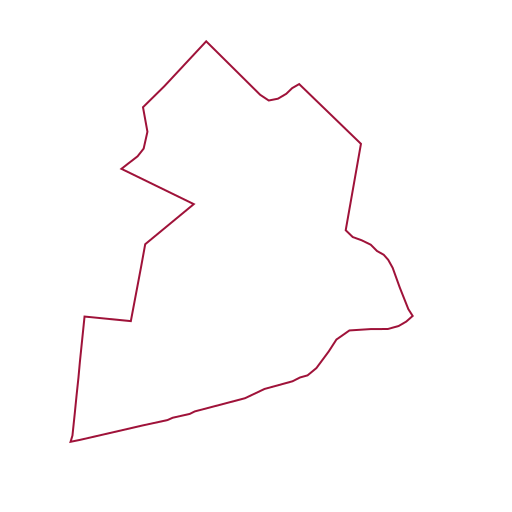 Porto Rico, Paraná, Brazil, rotated 187°
{"feature_id": "56859067B33862297180753", "entity_name": "Porto Rico", "entity_type": "district", "adm_level": 2, "iso_a3": "BRA", "parent_name": "Brazil", "parent_adm1": "Paraná", "projection": "mercator", "projection_center": [-53.319, -22.834], "detail": "fine", "context": "isolated", "style": "outline", "palette": "rose", "viewbox_px": 512, "rotation_deg": 187, "n_neighbors": 0, "source": "geoboundaries", "source_scale": "gbopen_adm2", "svg_char_len": 849}
<svg xmlns="http://www.w3.org/2000/svg" viewBox="0 0 512 512"><g transform="rotate(187 256 256)"><path d="M386.3,389.9L378.9,366.1L380.6,348.9L385.7,340.5L394.0,332.3L400.2,326.1L324.1,299.9L367.4,254.2L368.7,231.8L369.8,214.6L372.3,176.1L418.8,175.0L417.9,129.7L417.4,113.5L417.1,95.3L416.7,77.7L416.3,55.4L417.4,49.0L408.4,52.0L347.9,74.0L323.8,82.4L319.0,85.3L302.5,91.2L297.8,94.3L249.6,113.5L231.3,125.1L204.5,136.1L197.5,140.8L190.3,143.8L182.4,152.1L172.2,170.1L166.0,182.9L154.2,193.5L133.5,197.4L116.3,199.6L105.9,203.9L98.9,209.2L93.2,215.6L98.3,221.8L109.5,242.3L118.9,260.9L124.3,268.3L129.4,272.8L136.5,275.7L143.5,281.2L153.1,284.5L162.3,286.6L170.1,292.5L165.5,380.1L234.1,431.9L240.6,427.0L245.7,420.7L253.4,414.8L262.3,411.9L271.5,416.5L331.6,463.0L367.7,413.3L386.3,389.9Z" fill="none" stroke="#9f1239" stroke-width="2"/></g></svg>